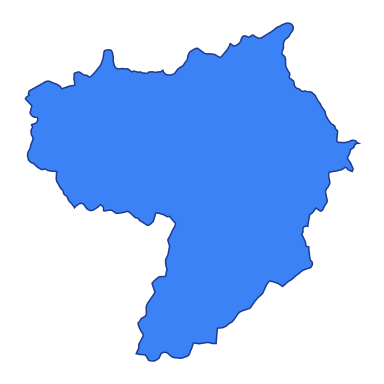 outline of Tra Bong, Quảng Ngãi, Vietnam
{"feature_id": "81297802B78342510004852", "entity_name": "Tra Bong", "entity_type": "district", "adm_level": 2, "iso_a3": "VNM", "parent_name": "Vietnam", "parent_adm1": "Quảng Ngãi", "projection": "natural_earth1", "projection_center": [108.495, 15.224], "detail": "fine", "context": "isolated", "style": "filled", "palette": "blue", "viewbox_px": 384, "rotation_deg": 0, "n_neighbors": 0, "source": "geoboundaries", "source_scale": "gbopen_adm2", "svg_char_len": 5848}
<svg xmlns="http://www.w3.org/2000/svg" viewBox="0 0 384 384"><path d="M28.4,93.7L29.2,95.1L26.5,97.1L25.4,98.7L25.7,99.2L31.7,105.6L31.6,107.0L30.1,112.5L30.3,113.7L31.6,115.4L32.7,116.4L34.3,117.2L37.0,117.3L37.4,117.7L37.8,118.7L37.4,121.3L36.1,122.9L35.3,123.4L31.8,124.5L31.5,124.9L32.5,126.9L32.5,127.6L31.2,129.7L31.0,131.2L31.2,134.0L31.5,135.0L32.9,137.5L33.0,138.6L32.3,141.3L31.0,144.2L30.5,146.0L30.3,147.7L29.7,149.3L28.4,151.4L27.6,153.7L27.5,155.8L28.5,159.9L29.0,160.6L31.2,162.6L32.3,162.9L33.3,163.4L38.0,167.6L41.5,169.5L42.2,169.7L44.4,169.0L45.2,169.1L48.6,170.6L52.0,171.2L55.3,171.3L56.8,171.7L56.5,173.2L56.2,179.2L56.8,181.5L61.0,188.9L63.0,190.5L63.2,191.1L63.6,193.4L63.9,193.9L64.6,194.8L66.5,196.0L67.3,196.9L68.0,199.0L69.2,201.2L72.1,204.2L74.0,206.8L74.4,207.8L75.6,206.5L78.4,204.2L79.8,203.5L81.4,203.4L82.6,203.6L84.3,205.0L85.7,207.3L87.1,209.0L90.1,210.5L91.9,210.5L93.2,210.1L97.9,207.1L100.1,205.0L101.0,204.8L102.6,206.4L103.4,207.4L103.5,208.1L103.5,210.3L103.9,211.0L106.5,210.7L108.7,210.2L111.6,210.3L112.8,210.8L114.3,212.1L115.7,213.0L116.7,213.4L117.7,213.4L123.1,212.5L126.7,211.5L127.7,211.5L129.1,212.1L131.1,213.6L134.8,217.3L135.6,217.7L137.5,218.0L138.2,218.4L139.4,220.2L140.3,221.0L141.6,221.6L146.6,224.9L147.8,225.3L148.5,225.3L150.2,224.4L153.2,221.5L154.7,216.8L155.4,213.8L155.7,213.2L156.2,213.0L157.1,213.0L159.3,213.3L163.8,214.8L167.2,216.7L169.5,216.4L175.6,223.6L175.3,225.0L174.6,226.6L172.3,230.7L169.8,236.3L167.9,239.5L167.9,240.7L168.4,241.7L168.6,243.2L169.4,245.2L169.5,246.6L168.1,254.3L167.6,255.6L165.9,259.0L165.5,260.9L165.9,265.4L166.9,268.9L166.8,270.4L166.3,272.2L165.7,275.8L165.0,276.5L160.8,276.6L158.7,277.0L154.3,280.7L152.0,283.4L154.8,291.6L154.8,292.5L154.1,293.9L147.7,303.1L146.6,305.4L146.2,307.5L146.4,313.4L146.0,315.3L144.5,316.8L141.9,318.1L141.0,318.9L139.9,321.1L138.2,322.8L138.1,323.3L138.3,324.8L139.2,327.3L141.1,331.3L142.8,333.7L143.3,334.9L143.0,336.4L139.6,342.7L138.9,344.3L138.7,345.5L138.8,347.9L136.2,353.7L139.8,354.4L141.4,354.6L143.1,354.6L145.1,355.0L146.5,356.5L148.5,360.1L149.0,360.5L151.7,360.9L153.9,361.0L155.0,360.7L157.7,359.2L159.2,357.9L161.0,353.7L161.7,353.2L163.7,352.3L166.3,352.4L167.5,353.1L170.8,356.0L172.3,357.0L173.5,357.5L179.0,358.1L181.9,358.1L185.6,356.8L187.2,356.2L188.6,355.3L189.6,353.6L190.2,351.5L191.7,348.3L192.7,345.0L193.3,343.5L194.6,342.9L198.7,343.8L207.1,342.5L209.0,342.6L213.0,343.5L216.1,343.5L217.3,328.7L217.6,328.2L222.7,327.7L225.9,326.3L228.5,323.9L231.9,322.0L233.1,320.8L235.5,317.5L237.6,314.3L239.6,312.1L242.3,310.8L248.7,308.7L249.9,308.1L250.7,307.3L254.5,301.8L257.7,297.9L262.1,294.0L262.8,293.0L265.6,286.8L267.2,283.7L268.6,281.9L269.4,281.4L270.5,281.1L273.4,281.8L277.1,283.1L278.8,283.9L282.7,286.5L287.6,282.0L291.8,279.4L295.6,275.9L298.9,273.5L301.5,271.2L303.5,270.1L307.0,268.7L310.7,267.6L312.3,265.0L312.5,263.7L312.2,262.3L311.9,261.7L310.4,260.3L310.0,258.7L308.8,249.3L308.8,246.9L306.4,246.3L305.9,245.6L305.4,242.1L303.8,238.4L301.8,234.4L301.8,233.9L303.0,232.1L302.9,228.4L304.2,226.6L305.5,226.0L307.8,226.4L308.1,223.6L309.6,215.2L309.9,214.5L311.7,213.4L312.8,212.3L315.9,208.0L320.1,210.9L321.0,211.1L321.9,210.6L322.6,209.9L323.3,208.6L324.8,205.5L327.0,202.2L327.2,200.3L325.5,192.4L325.6,190.8L326.6,188.7L327.9,187.2L329.6,184.0L329.9,182.7L329.8,181.9L328.7,176.5L328.7,174.1L329.0,172.8L329.5,172.1L337.1,170.8L341.6,169.7L345.2,167.4L345.8,167.4L346.7,168.0L348.3,169.9L352.1,171.5L352.9,170.0L353.0,168.6L350.4,162.7L347.7,158.8L347.6,157.4L349.6,153.4L350.4,150.0L351.1,149.2L353.4,147.8L353.9,147.3L354.6,145.5L354.6,144.5L354.9,144.3L355.6,144.2L356.7,143.3L358.6,143.3L357.0,142.4L355.6,140.8L354.5,140.5L352.5,140.2L351.0,140.6L348.2,141.9L344.5,142.6L339.3,142.4L337.5,142.1L337.0,141.1L336.8,139.9L337.6,131.6L337.5,130.7L335.4,128.7L334.8,126.4L334.5,125.9L333.2,124.8L331.2,123.9L327.9,119.3L325.7,115.0L324.9,111.2L321.8,107.0L319.8,103.1L317.7,100.4L315.4,95.9L314.6,94.8L311.8,92.4L310.1,91.7L309.2,91.9L308.0,91.9L304.8,90.9L303.3,91.4L301.6,91.2L299.4,89.1L296.9,88.3L295.8,87.6L294.9,86.6L294.5,85.5L293.6,81.0L289.5,78.0L289.2,77.0L289.8,74.8L289.7,73.8L289.4,72.9L288.2,71.1L286.3,67.6L285.7,65.6L285.5,64.2L285.6,60.0L285.4,58.4L285.1,57.3L284.4,56.2L282.1,54.3L281.9,52.9L282.2,51.2L283.3,48.8L283.5,48.0L283.4,43.7L284.3,40.6L286.0,38.8L287.5,37.8L288.9,36.3L290.3,33.7L292.9,30.2L293.3,27.1L292.6,25.6L291.7,24.4L289.9,23.4L287.4,23.0L286.3,23.2L282.1,24.8L278.9,26.7L277.2,27.1L273.8,30.0L271.4,31.7L260.7,38.2L258.1,38.0L255.8,37.0L253.1,35.1L251.7,35.3L250.3,36.5L249.0,37.3L245.6,36.0L243.9,35.9L242.6,36.5L241.1,39.3L240.8,41.1L239.1,43.4L236.4,45.3L234.7,45.9L233.2,45.9L230.6,43.7L230.2,43.6L229.0,46.7L226.8,50.3L221.3,56.7L220.3,57.4L218.6,56.8L214.5,54.4L210.6,53.9L207.2,53.9L204.6,53.4L197.9,48.5L196.9,48.2L195.2,48.7L191.3,50.9L189.6,52.1L188.1,55.2L187.6,58.0L186.9,60.4L185.1,62.4L183.0,65.8L181.0,66.8L179.3,67.9L177.5,69.5L175.1,72.9L174.1,73.9L171.5,74.9L168.0,75.0L166.4,74.6L165.4,74.0L164.2,72.8L163.5,71.9L162.9,70.3L161.8,70.8L161.1,71.6L160.3,72.0L158.9,71.8L155.7,72.4L152.2,71.8L149.1,72.0L148.5,72.3L147.8,73.1L146.8,73.4L145.1,73.1L142.4,72.9L140.7,72.0L137.8,72.2L134.1,71.1L133.1,71.2L132.2,71.8L131.7,71.8L127.9,68.9L125.4,68.9L122.1,68.5L118.8,69.0L116.9,68.5L115.1,67.3L114.0,64.4L113.2,61.4L113.3,57.3L112.4,52.7L111.6,50.9L111.1,50.3L109.7,49.8L106.1,50.1L104.6,50.6L104.1,51.4L103.0,58.7L101.9,62.0L100.5,65.3L96.0,71.0L92.6,74.9L90.4,76.9L89.7,77.0L89.1,76.8L87.0,75.4L84.1,75.1L79.7,72.2L78.4,71.9L75.0,72.9L74.2,73.6L74.2,76.0L73.9,78.7L75.0,84.6L74.9,84.9L74.4,85.2L73.1,85.6L70.2,85.9L62.3,88.6L61.6,88.6L59.8,86.0L57.3,84.5L55.0,83.5L53.3,83.1L49.9,81.4L47.9,81.1L47.0,81.3L45.2,81.7L43.2,83.1L29.6,90.7L28.9,91.5L28.4,93.7Z" fill="#3b82f6" stroke="#1e3a8a" stroke-width="1.5"/></svg>